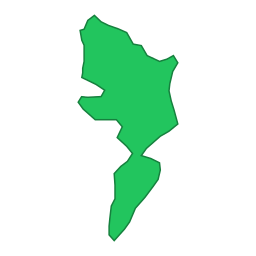 Agia Marina Xyliatou, Nicosia, Cyprus
{"feature_id": "46923920B35422065670386", "entity_name": "Agia Marina Xyliatou", "entity_type": "district", "adm_level": 2, "iso_a3": "CYP", "parent_name": "Cyprus", "parent_adm1": "Nicosia", "projection": "robinson", "projection_center": [33.054, 35.034], "detail": "fine", "context": "isolated", "style": "filled", "palette": "green", "viewbox_px": 256, "rotation_deg": 0, "n_neighbors": 0, "source": "geoboundaries", "source_scale": "gbopen_adm2", "svg_char_len": 919}
<svg xmlns="http://www.w3.org/2000/svg" viewBox="0 0 256 256"><path d="M101.1,21.8L94.4,15.4L87.8,20.4L84.1,29.2L80.1,30.4L81.8,40.2L84.1,45.3L84.1,53.6L84.1,61.4L82.7,68.3L82.7,72.9L81.8,77.5L96.0,84.4L104.7,90.2L101.1,96.6L87.9,97.3L85.0,97.1L84.6,97.0L81.6,96.7L78.2,102.2L82.9,108.7L83.2,109.1L95.2,119.7L108.4,119.7L116.4,119.7L122.3,126.8L117.2,137.6L126.7,146.3L132.5,153.5L127.4,161.4L120.8,166.4L114.2,173.6L115.0,185.1L115.0,198.8L111.3,206.0L109.8,219.0L109.1,226.2L109.1,234.9L114.2,240.6L124.5,229.1L129.6,221.9L135.4,208.2L144.9,197.4L153.0,186.6L158.1,179.4L160.3,170.0L159.5,162.8L150.8,158.5L141.3,155.6L146.4,148.4L153.7,142.0L160.3,136.2L169.0,131.2L177.8,124.0L174.1,110.3L171.2,100.9L169.0,90.9L169.8,83.7L172.7,71.5L177.8,62.8L173.4,55.6L166.8,59.2L159.5,61.4L147.1,55.6L141.3,45.6L133.2,44.1L126.7,32.6L118.6,29.0L108.4,25.4L101.1,21.8Z" fill="#22c55e" stroke="#15803d" stroke-width="1.5"/></svg>